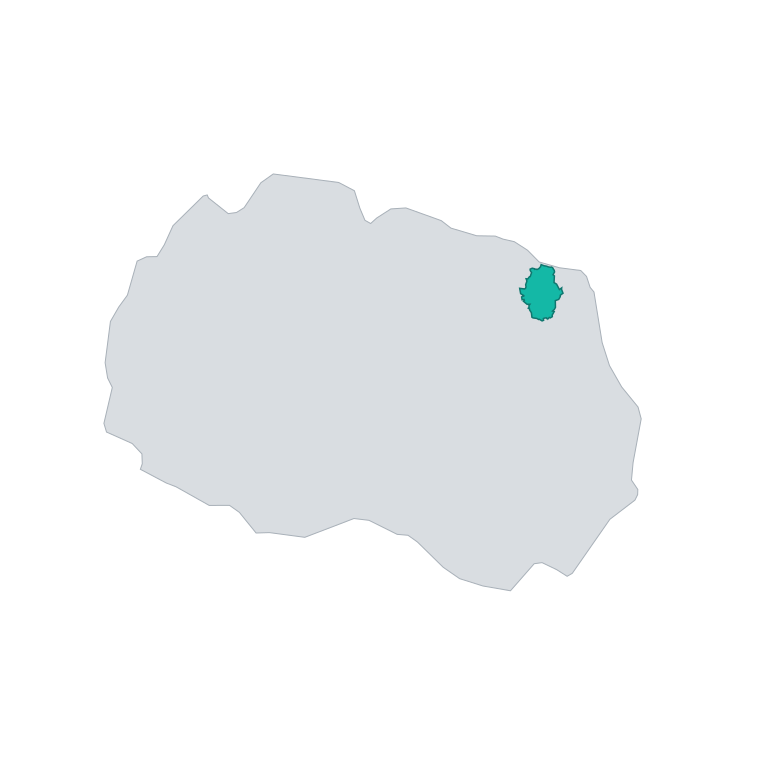 Rankovtse, Rankovce, North Macedonia (highlighted), rotated 31°
{"feature_id": "65306769B9482621128818", "entity_name": "Rankovtse", "entity_type": "district", "adm_level": 2, "iso_a3": "MKD", "parent_name": "North Macedonia", "parent_adm1": "Rankovce", "projection": "robinson", "projection_center": [22.13, 42.211], "detail": "fine", "context": "in_parent", "style": "filled", "palette": "teal", "viewbox_px": 768, "rotation_deg": 31, "n_neighbors": 0, "source": "geoboundaries", "source_scale": "gbopen_adm2", "svg_char_len": 2248}
<svg xmlns="http://www.w3.org/2000/svg" viewBox="0 0 768 768"><g transform="rotate(31 384 384)"><path d="M349.2,214.5L361.1,215.9L387.1,209.2L403.2,199.9L411.4,198.5L422.4,194.9L438.1,195.4L454.1,199.5L474.3,194.1L494.2,185.4L502.2,187.5L510.9,195.0L516.6,197.0L549.7,236.2L567.8,252.1L589.2,264.1L613.6,272.9L622.4,281.4L638.0,323.1L645.6,338.9L655.9,343.7L658.4,348.2L658.9,354.3L647.3,383.6L642.9,449.3L640.0,454.5L627.8,454.2L611.5,455.7L605.3,460.7L598.9,496.1L572.8,506.2L549.1,511.9L529.1,510.6L494.0,502.2L482.5,501.3L472.7,506.1L441.3,508.6L427.5,514.8L395.1,556.2L362.3,570.4L351.1,577.6L326.1,568.5L314.1,567.6L296.7,578.1L258.7,579.2L248.4,581.0L219.1,582.6L217.9,576.9L212.5,568.6L198.9,564.7L170.9,568.1L164.2,562.0L152.9,526.9L144.0,521.2L134.0,509.4L117.3,471.3L117.0,454.6L118.3,440.0L109.1,405.8L115.0,397.2L123.8,391.7L124.0,377.9L121.6,357.0L132.2,316.0L135.1,313.0L137.7,314.9L162.7,318.2L169.2,313.0L173.3,304.9L174.8,274.9L180.9,261.0L241.4,234.6L259.1,233.6L272.7,245.7L283.4,253.5L289.9,253.3L292.3,245.4L299.7,230.4L312.1,221.8L348.8,214.5L349.2,214.5Z" fill="#d9dde1" stroke="#a8b0b8" stroke-width="1"/><path d="M491.0,243.7L491.4,241.8L492.5,241.7L493.6,239.6L492.7,238.3L492.6,234.3L490.9,234.7L491.6,232.4L491.5,230.0L487.9,224.3L490.2,221.5L490.1,218.4L489.4,217.1L490.7,214.0L487.4,211.4L486.8,210.1L485.7,212.7L480.5,209.5L477.5,209.5L474.4,203.6L472.6,203.3L472.5,200.1L471.3,198.8L470.1,198.4L469.8,198.2L469.3,197.7L468.3,197.5L467.5,197.4L467.0,197.8L466.6,198.1L466.3,198.3L464.5,199.0L463.0,199.2L462.3,199.4L460.3,200.2L458.0,200.6L457.2,200.7L457.8,202.9L457.3,205.3L456.2,207.1L455.1,207.2L454.1,208.1L453.6,207.7L451.4,208.4L450.1,210.3L451.0,211.5L453.1,212.5L454.0,216.6L453.4,217.2L453.1,219.9L451.6,220.6L453.5,222.2L454.3,226.0L455.7,227.6L456.0,228.9L455.6,230.1L451.0,232.1L454.6,236.2L458.3,236.2L458.5,236.8L457.7,237.1L457.1,238.5L459.0,240.7L460.5,239.4L461.3,240.1L461.0,241.3L465.6,242.0L468.0,240.5L467.9,242.3L468.9,243.6L468.6,244.7L470.1,244.7L470.8,245.6L473.6,247.0L476.4,250.6L477.7,250.6L481.2,249.1L483.3,249.1L483.9,248.5L487.0,248.5L488.0,247.2L486.9,245.9L487.2,245.3L489.0,243.7L490.1,244.1L490.7,243.4L491.0,243.7Z" fill="#14b8a6" stroke="#0f766e" stroke-width="1.5"/></g></svg>